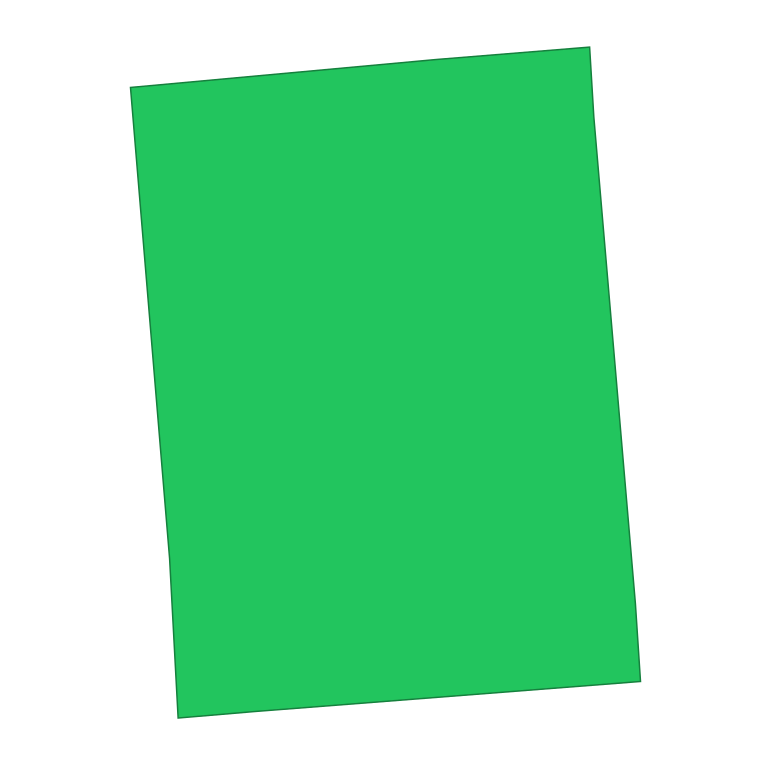 outline of Caldwell, Missouri, United States of America, rotated 265°
{"feature_id": "52423323B90835669534324", "entity_name": "Caldwell", "entity_type": "district", "adm_level": 2, "iso_a3": "USA", "parent_name": "United States of America", "parent_adm1": "Missouri", "projection": "natural_earth1", "projection_center": [-94.016, 39.657], "detail": "fine", "context": "isolated", "style": "filled", "palette": "green", "viewbox_px": 768, "rotation_deg": 265, "n_neighbors": 0, "source": "geoboundaries", "source_scale": "gbopen_adm2", "svg_char_len": 287}
<svg xmlns="http://www.w3.org/2000/svg" viewBox="0 0 768 768"><g transform="rotate(265 384 384)"><path d="M69.2,149.8L69.0,226.1L65.3,613.6L143.3,615.3L631.7,616.3L701.7,618.2L702.7,464.3L701.5,157.3L228.6,155.2L69.2,149.8Z" fill="#22c55e" stroke="#15803d" stroke-width="1.5"/></g></svg>